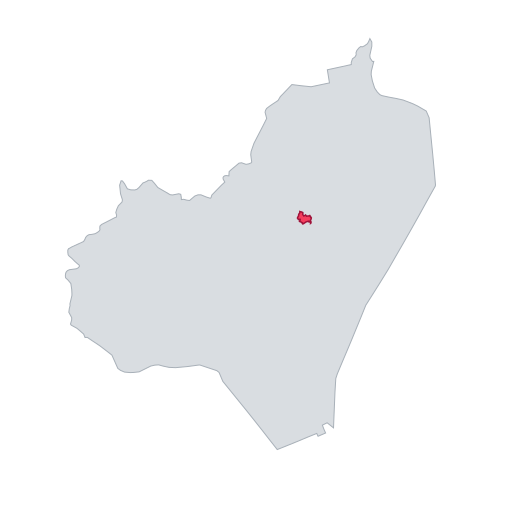 Al-Kufa, An-Najaf, Iraq shown in context, rotated 260°
{"feature_id": "34846034B35255353982404", "entity_name": "Al-Kufa", "entity_type": "district", "adm_level": 2, "iso_a3": "IRQ", "parent_name": "Iraq", "parent_adm1": "An-Najaf", "projection": "albers", "projection_center": [44.484, 32.07], "detail": "fine", "context": "in_parent", "style": "filled", "palette": "rose", "viewbox_px": 512, "rotation_deg": 260, "n_neighbors": 0, "source": "geoboundaries", "source_scale": "gbopen_adm2", "svg_char_len": 4499}
<svg xmlns="http://www.w3.org/2000/svg" viewBox="0 0 512 512"><g transform="rotate(260 256 256)"><path d="M205.4,73.5L209.1,72.7L215.9,67.1L220.0,62.0L221.2,61.5L224.8,63.3L227.3,63.8L233.1,61.9L236.6,63.0L239.5,64.3L241.1,64.4L248.9,67.8L250.9,68.2L254.9,68.7L261.0,68.9L264.8,66.8L267.6,64.7L269.5,64.8L271.4,65.3L273.0,66.1L274.3,67.7L274.9,69.9L274.6,76.9L275.2,78.8L276.3,80.2L277.6,80.4L279.3,78.9L282.2,76.6L285.7,74.2L288.3,72.0L289.8,71.2L292.2,71.3L294.5,71.7L295.8,72.7L295.8,73.1L297.0,76.4L300.2,88.7L302.0,90.3L304.0,91.6L305.4,93.4L306.0,95.3L305.8,98.1L305.9,101.5L306.8,104.0L307.9,106.0L309.0,106.9L310.6,107.0L312.6,107.5L313.9,109.4L318.2,123.4L318.6,125.3L320.4,125.8L323.2,125.5L326.2,127.0L329.4,129.2L332.5,133.5L334.5,134.2L340.8,133.4L349.4,134.0L353.5,136.2L353.1,137.5L350.0,139.1L344.5,141.0L342.9,144.1L342.1,148.0L342.3,150.2L343.7,152.6L347.6,157.4L347.9,159.1L348.6,161.6L349.3,163.2L348.6,166.5L345.1,168.7L340.5,171.2L331.3,182.1L330.6,184.4L330.7,190.8L329.8,192.6L326.8,192.6L324.5,192.3L324.4,194.6L323.0,197.6L322.2,200.2L325.7,206.2L326.3,209.5L325.8,212.4L322.6,217.5L320.8,221.0L321.2,221.8L323.7,223.1L331.7,234.2L334.2,238.1L337.5,237.0L338.8,237.1L339.7,237.7L340.4,239.0L340.4,240.7L339.6,243.2L343.8,244.2L345.4,246.7L350.4,255.4L350.3,258.0L348.0,262.1L348.0,264.9L348.5,267.3L349.3,268.1L356.6,268.4L359.7,269.3L367.4,273.6L376.2,280.3L383.4,285.8L389.6,290.4L396.0,289.9L397.8,290.7L399.5,292.1L401.5,296.0L405.4,304.8L408.7,307.6L413.8,314.6L418.6,321.1L415.8,330.2L413.1,339.7L413.5,351.9L413.7,358.4L420.0,358.5L427.0,358.6L427.3,366.4L427.6,374.2L428.0,383.1L430.0,383.4L433.4,385.2L434.9,388.1L436.7,389.6L438.9,389.8L441.0,391.1L443.2,393.7L444.1,395.6L443.5,396.9L444.1,399.3L445.7,402.6L447.5,404.1L450.3,405.9L446.6,407.2L442.5,406.5L433.8,402.9L431.0,402.8L427.3,404.5L427.2,405.8L418.0,401.7L414.7,400.9L413.5,400.9L408.2,401.0L400.8,402.0L396.5,403.9L393.5,405.9L392.1,407.8L391.7,408.8L389.4,414.4L386.8,421.4L384.1,427.9L378.7,436.9L375.7,441.1L369.2,448.8L362.1,450.5L345.4,449.2L326.9,447.8L308.4,446.3L294.8,445.1L293.7,444.7L280.2,433.7L269.5,425.1L256.3,414.3L242.9,403.2L229.3,391.8L219.5,383.6L207.6,373.0L196.9,363.3L188.5,355.6L177.6,348.8L169.1,343.4L156.8,335.6L147.0,329.3L138.7,323.9L125.8,315.6L121.5,313.3L108.1,310.1L95.3,307.3L82.1,304.4L73.3,302.5L79.4,297.1L77.9,292.0L73.6,292.8L69.6,293.8L67.7,285.8L70.7,285.0L68.5,274.7L66.1,264.1L63.9,253.8L61.7,243.3L73.1,237.2L81.6,232.7L93.5,226.3L104.9,220.1L115.7,214.1L127.6,207.5L138.2,201.6L147.8,199.4L149.9,197.5L154.5,189.0L158.4,181.8L158.6,180.1L159.0,169.7L160.0,157.5L161.4,151.1L163.7,145.4L165.7,141.2L166.1,137.3L165.9,133.3L164.1,127.2L162.2,120.8L162.6,114.8L163.1,111.6L164.5,106.4L166.9,102.7L169.3,100.4L178.2,98.2L183.4,96.9L190.6,90.4L194.8,86.5L200.7,80.3L205.1,75.8L205.4,74.2L205.4,73.5Z" fill="#d9dde1" stroke="#a8b0b8" stroke-width="1"/><path d="M286.8,303.7L286.6,303.6L286.3,303.5L286.1,303.4L285.9,303.5L285.7,303.6L285.4,303.7L285.2,303.8L284.9,304.0L284.7,304.1L284.5,304.3L284.4,304.4L284.5,304.6L284.5,305.1L284.6,305.5L284.6,305.8L284.4,305.9L284.1,305.8L283.8,305.7L283.5,305.6L283.2,305.4L283.0,305.2L282.6,304.8L282.4,304.9L282.3,305.1L282.2,305.4L282.1,305.6L281.9,305.9L281.9,306.0L281.7,306.1L281.5,306.3L281.3,306.6L281.0,307.0L280.8,307.3L280.5,307.6L280.4,307.6L280.2,307.6L280.0,307.4L279.9,307.3L279.6,307.5L279.4,307.7L279.7,308.7L280.0,309.3L280.5,310.4L280.9,311.3L281.0,312.3L281.2,313.6L281.0,313.8L280.5,313.9L280.3,314.1L280.1,315.0L279.9,315.6L279.5,315.7L279.1,315.5L278.7,315.4L278.9,315.8L279.3,316.0L280.0,315.9L280.3,316.0L280.4,315.5L281.0,315.4L281.4,315.5L281.9,316.1L282.4,316.4L283.4,316.9L284.0,317.1L284.2,316.9L284.6,316.9L284.7,316.5L285.3,316.4L285.9,316.3L286.5,316.0L286.3,315.6L286.2,315.3L286.2,315.2L286.3,314.7L286.4,314.1L286.4,313.8L286.4,313.5L286.4,313.1L286.4,312.7L286.7,312.5L286.9,312.4L287.1,312.3L287.3,312.3L287.6,312.0L287.8,311.9L287.5,311.4L287.3,311.1L287.3,310.9L287.2,310.1L287.3,310.1L287.7,309.8L288.2,309.5L288.6,309.3L289.0,309.2L289.3,309.3L289.6,309.4L290.0,309.6L290.4,309.7L290.8,309.5L290.9,309.3L291.5,308.4L291.7,308.0L291.8,307.7L292.0,307.2L292.2,306.9L291.8,306.8L291.5,306.8L291.3,306.7L290.9,306.6L290.7,306.4L290.3,306.0L290.0,305.6L289.8,305.4L289.6,305.3L289.4,305.2L289.1,305.2L288.9,305.1L288.6,305.0L288.4,304.9L288.1,304.8L287.9,304.7L287.7,304.6L287.5,304.3L287.1,304.0L286.8,303.7L286.8,303.7Z" fill="#f43f5e" stroke="#9f1239" stroke-width="1.5"/></g></svg>